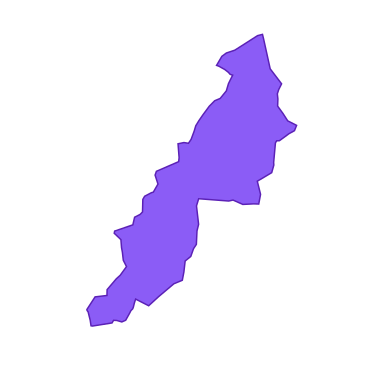 Etinan, Akwa Ibom, Nigeria (Albers equal-area conic projection), rotated 218°
{"feature_id": "59680162B79884468001879", "entity_name": "Etinan", "entity_type": "district", "adm_level": 2, "iso_a3": "NGA", "parent_name": "Nigeria", "parent_adm1": "Akwa Ibom", "projection": "albers", "projection_center": [7.841, 4.824], "detail": "fine", "context": "isolated", "style": "filled", "palette": "violet", "viewbox_px": 384, "rotation_deg": 218, "n_neighbors": 0, "source": "geoboundaries", "source_scale": "gbopen_adm2", "svg_char_len": 1441}
<svg xmlns="http://www.w3.org/2000/svg" viewBox="0 0 384 384"><g transform="rotate(218 192 192)"><path d="M233.5,359.6L236.6,355.6L245.6,330.1L250.5,322.7L252.0,317.3L250.6,306.9L248.5,307.6L241.6,308.7L237.0,308.7L234.4,308.2L231.9,309.1L230.0,299.9L227.2,292.8L227.4,283.1L230.3,277.9L231.2,270.3L230.9,259.6L230.5,252.5L229.8,246.5L227.8,241.4L225.1,232.9L224.8,228.2L228.8,226.0L232.7,221.4L223.3,211.1L221.2,207.7L232.8,186.4L231.5,182.6L223.7,177.3L222.4,168.1L223.6,166.4L226.7,159.5L226.2,155.9L218.7,145.8L219.1,142.4L221.7,136.8L218.4,129.7L228.9,113.6L227.9,111.6L218.7,110.7L213.3,104.8L209.8,101.7L204.1,95.9L197.7,92.9L197.3,82.2L198.2,77.2L198.8,62.8L195.3,58.1L203.8,49.7L202.5,34.7L201.7,34.0L200.1,33.6L193.2,28.2L189.2,24.4L187.9,25.1L174.4,39.6L174.8,42.6L172.1,44.5L167.3,46.4L165.3,50.1L166.6,58.4L167.1,60.9L166.8,63.4L167.3,65.1L169.0,68.9L170.5,72.9L156.1,75.7L153.9,88.9L149.8,108.5L145.3,116.5L149.1,123.9L154.9,133.4L153.3,140.5L155.9,148.3L156.3,153.4L164.1,164.4L166.9,170.6L179.9,183.8L182.6,190.8L157.5,207.5L154.7,210.9L144.3,213.5L136.0,220.7L132.0,223.6L136.5,232.3L136.7,232.5L147.2,240.7L141.1,256.3L144.1,263.6L145.7,265.4L145.8,265.5L156.5,282.1L156.8,284.5L154.7,286.2L151.5,297.6L149.0,303.4L150.6,308.9L160.4,307.0L168.4,309.8L177.4,312.4L181.6,318.2L185.2,321.9L186.2,324.7L186.7,326.0L188.0,332.4L206.2,337.2L229.7,356.6L233.5,359.6Z" fill="#8b5cf6" stroke="#5b21b6" stroke-width="1.5"/></g></svg>